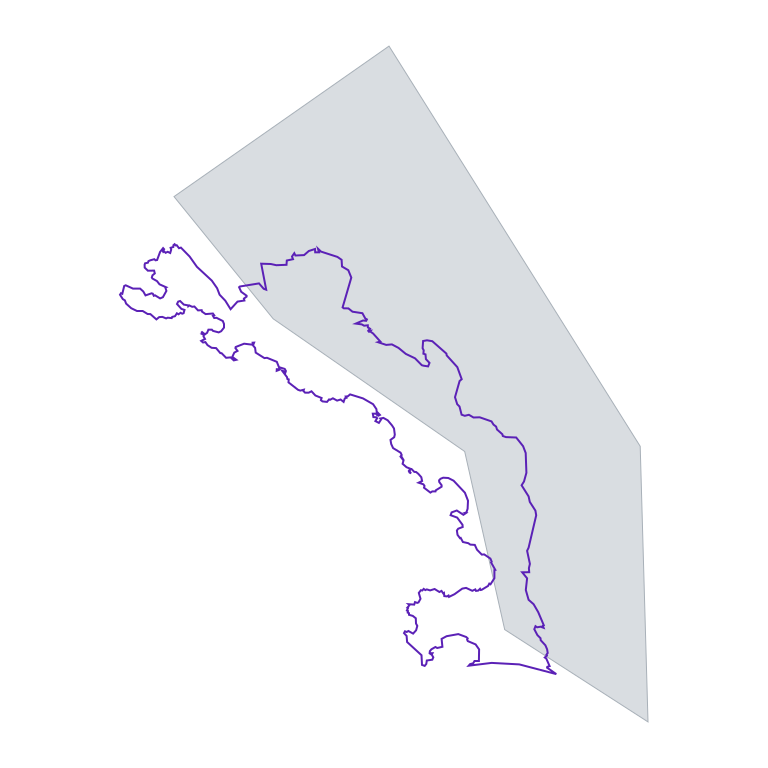 location of West Mahe, Anse Boileau, Seychelles
{"feature_id": "34574756B14018612202061", "entity_name": "West Mahe", "entity_type": "district", "adm_level": 2, "iso_a3": "SYC", "parent_name": "Seychelles", "parent_adm1": "Anse Boileau", "projection": "albers", "projection_center": [55.437, -4.697], "detail": "fine", "context": "in_parent", "style": "outline", "palette": "violet", "viewbox_px": 768, "rotation_deg": 0, "n_neighbors": 0, "source": "geoboundaries", "source_scale": "gbopen_adm2", "svg_char_len": 6284}
<svg xmlns="http://www.w3.org/2000/svg" viewBox="0 0 768 768"><path d="M640.2,446.3L648.0,721.9L504.7,629.6L464.7,451.5L273.2,318.8L174.0,196.6L389.0,46.1L640.2,446.3Z" fill="#d9dde1" stroke="#a8b0b8" stroke-width="1"/><path d="M318.0,248.7L319.0,252.3L315.2,252.3L315.0,249.0L308.8,251.0L304.1,255.1L295.4,255.5L294.3,253.2L292.0,256.5L293.0,259.2L286.8,260.5L286.5,264.8L276.3,265.2L270.8,264.0L261.2,263.7L266.2,289.7L263.7,288.8L259.0,283.4L239.9,286.5L239.1,287.2L241.2,291.8L246.6,295.7L246.6,296.6L243.9,298.6L244.4,300.5L237.5,301.6L230.6,309.2L225.3,300.7L219.6,294.7L217.1,288.2L211.8,280.6L196.9,266.8L189.6,256.5L180.9,247.6L179.0,248.2L176.7,245.2L175.5,245.4L174.6,244.2L173.4,245.2L173.3,247.0L170.6,247.8L171.2,249.7L170.2,253.0L167.7,251.8L165.6,252.8L164.2,251.4L163.3,252.0L162.8,251.1L164.1,249.2L163.1,248.1L160.1,251.9L157.1,260.0L155.5,260.3L154.3,259.2L150.3,260.3L148.5,261.1L147.9,262.7L145.1,263.3L144.6,264.7L144.7,267.6L147.9,270.7L154.1,270.6L154.8,273.4L152.5,275.3L151.8,277.5L152.4,278.5L157.0,281.1L159.5,284.3L166.2,287.3L165.4,287.7L166.4,290.9L162.9,297.2L160.1,298.4L155.0,295.3L153.8,295.8L152.8,293.7L151.6,293.3L145.5,295.4L143.3,291.5L140.1,288.6L133.0,288.6L125.7,285.3L124.2,286.0L122.3,293.8L121.0,293.2L120.0,294.7L122.8,299.1L124.9,300.4L126.1,303.6L131.2,308.2L137.0,311.0L142.7,311.0L147.6,314.0L150.4,314.1L156.4,319.4L159.2,317.1L162.4,316.9L166.1,318.4L167.7,317.7L171.7,318.1L172.2,316.9L175.0,316.2L176.9,313.3L178.5,314.3L180.6,312.8L182.2,313.7L183.6,313.2L184.5,309.9L181.4,308.9L177.0,304.0L178.2,301.6L180.1,301.0L183.8,304.6L188.2,305.4L188.3,306.2L189.2,305.4L192.2,306.8L194.4,306.5L198.0,310.4L201.7,310.2L202.0,311.6L205.6,314.1L212.9,313.5L214.2,315.3L212.9,315.8L214.2,318.0L216.5,317.8L222.8,321.0L224.0,324.0L224.0,327.6L221.2,331.2L218.7,332.4L213.0,330.9L211.9,329.7L208.4,329.7L207.1,332.8L205.0,334.3L201.4,331.6L202.5,333.6L201.9,333.9L203.9,334.9L203.5,336.4L205.0,339.0L201.2,340.9L203.0,342.5L205.4,342.1L207.5,345.1L211.6,347.8L216.1,348.1L220.3,353.1L221.6,353.2L226.1,357.8L230.6,357.4L233.8,360.4L236.3,359.8L232.3,356.9L234.3,352.6L237.5,350.9L235.4,348.1L235.7,347.0L244.1,343.7L251.7,344.6L252.7,344.0L252.6,342.7L254.1,342.6L253.0,345.4L255.1,347.9L255.7,352.6L264.4,358.1L267.0,357.8L276.8,361.8L279.4,368.3L278.7,369.3L276.8,369.2L276.7,370.8L279.1,369.9L280.1,367.5L284.7,368.9L285.9,371.0L285.2,373.1L283.6,371.2L282.1,370.7L287.0,377.1L287.4,379.0L288.7,379.4L288.5,382.4L298.0,389.8L300.3,390.6L303.8,389.7L303.4,391.0L305.1,392.7L308.6,392.7L311.5,391.3L315.4,395.5L321.6,398.0L320.9,400.2L322.5,401.4L327.0,401.9L329.1,399.4L330.0,399.8L332.9,398.3L337.1,400.6L340.6,399.5L343.6,401.9L344.8,398.4L346.5,397.8L345.8,396.5L347.8,396.3L350.1,394.4L363.0,398.4L373.1,404.2L376.4,409.1L376.9,413.5L377.6,412.5L379.9,414.9L378.3,415.7L375.8,413.7L372.8,413.7L373.4,417.1L376.4,417.3L377.1,418.2L375.4,421.1L378.9,422.9L381.2,419.3L380.4,418.5L383.4,417.9L387.7,420.3L392.0,425.4L394.0,428.5L394.8,434.6L394.2,437.2L390.5,439.9L391.2,444.0L393.1,448.1L400.6,452.7L401.7,455.0L401.0,455.8L402.5,458.3L401.6,458.0L403.5,460.4L402.6,463.8L406.5,467.2L411.0,469.0L410.5,469.0L410.1,469.3L408.8,471.0L409.5,472.5L411.0,473.4L409.5,471.2L410.5,469.0L411.5,469.0L414.3,471.9L416.1,472.0L418.3,473.8L421.3,477.2L422.1,481.0L418.6,482.7L423.4,484.3L424.5,485.9L424.0,487.7L430.4,492.6L432.3,491.4L435.5,491.4L435.8,490.3L441.6,486.7L441.6,485.2L439.2,481.9L439.1,480.3L440.5,478.8L443.2,477.7L448.3,478.0L453.6,480.7L464.9,492.7L468.0,500.7L467.6,508.8L466.4,512.4L465.5,512.7L466.2,512.9L463.4,514.8L456.8,510.5L451.6,512.4L450.6,515.2L457.2,517.6L462.5,524.8L462.7,527.0L458.2,528.7L456.9,530.5L457.5,534.8L460.0,538.2L460.7,537.9L462.9,542.0L468.3,543.2L470.3,544.6L474.8,544.9L477.0,549.7L481.8,554.6L484.2,554.4L490.4,558.6L491.7,561.7L491.1,562.5L495.3,569.9L494.4,570.1L494.4,578.2L490.5,584.3L489.3,583.6L488.1,585.9L481.7,589.8L480.6,590.0L480.0,588.8L478.2,590.6L476.0,590.9L475.3,589.4L472.3,590.8L466.1,587.9L462.3,588.6L454.5,594.2L449.0,596.9L448.5,595.5L447.0,596.4L444.3,596.1L444.0,593.0L443.3,593.5L441.5,590.9L439.4,592.0L434.6,589.0L430.1,590.4L426.8,589.4L425.3,590.1L423.7,588.9L422.3,590.5L420.9,590.2L418.8,592.9L420.5,598.8L418.5,602.4L417.2,602.9L415.0,602.1L414.2,604.6L408.5,604.2L409.5,605.1L407.3,607.7L408.0,608.1L406.9,610.5L408.0,611.0L407.7,612.6L409.0,613.2L409.0,614.8L412.8,615.9L415.8,618.3L416.0,623.5L417.3,625.9L416.1,630.3L413.1,633.6L408.4,631.0L406.7,632.0L405.0,631.3L404.0,633.1L406.6,635.9L407.1,642.0L421.5,655.2L422.0,664.9L424.7,665.9L426.3,663.9L426.8,660.5L432.3,659.7L433.3,657.3L431.7,654.6L432.5,653.2L430.9,653.2L430.9,654.2L429.6,653.3L429.9,651.1L431.4,649.3L435.4,647.0L437.2,648.0L442.4,646.8L441.6,638.9L446.6,636.2L458.3,634.1L466.2,637.0L467.7,638.4L467.1,639.6L467.8,641.1L475.6,644.4L479.1,649.4L478.9,661.0L474.5,661.0L473.2,663.3L470.1,664.1L468.7,665.7L491.6,662.9L519.3,664.4L556.3,674.1L547.1,667.7L547.3,666.8L549.6,666.1L546.3,658.6L544.8,657.5L546.9,655.6L546.4,654.8L547.7,653.0L547.1,649.3L545.4,645.3L540.7,640.2L540.5,638.2L537.4,635.1L534.3,629.2L535.5,626.2L537.1,627.3L540.6,626.7L543.6,627.8L542.8,625.8L543.8,625.3L538.2,612.1L533.6,604.2L528.6,599.8L525.8,590.0L527.1,578.3L522.2,572.3L529.2,572.2L528.9,568.1L529.9,563.9L527.1,550.8L528.6,547.7L536.2,515.3L535.4,510.6L529.8,501.9L528.6,496.4L521.6,485.3L524.0,481.5L526.4,472.8L525.7,453.0L523.1,446.2L516.2,437.5L506.0,437.1L502.8,436.0L502.4,434.3L497.0,429.5L496.1,426.6L493.5,424.6L491.5,421.4L479.7,417.3L473.5,417.5L468.9,414.8L464.8,415.8L461.6,414.7L459.5,406.5L457.2,404.2L455.0,397.2L459.6,381.0L461.7,379.2L457.3,367.1L446.7,355.4L446.4,353.6L432.3,341.2L427.0,340.3L423.1,341.0L422.6,348.2L423.7,350.3L423.4,353.7L425.5,354.4L425.9,359.1L429.5,362.9L428.1,366.4L423.6,365.7L421.8,365.2L415.0,358.3L405.8,353.9L398.5,347.9L391.9,344.4L386.2,344.9L378.0,342.2L380.3,341.5L373.1,333.5L370.0,331.3L370.7,330.6L369.1,330.6L369.6,332.4L368.2,330.8L370.0,328.7L367.9,327.4L367.8,325.3L364.1,325.7L361.8,324.4L355.8,323.6L363.0,320.5L366.2,320.8L366.9,319.4L365.3,318.5L362.4,313.2L352.5,311.7L348.4,308.4L343.8,308.3L342.6,307.4L351.3,277.6L348.3,270.2L342.0,266.5L341.6,259.8L337.4,256.9L321.0,251.6L318.0,248.7Z" fill="none" stroke="#5b21b6" stroke-width="2"/></svg>